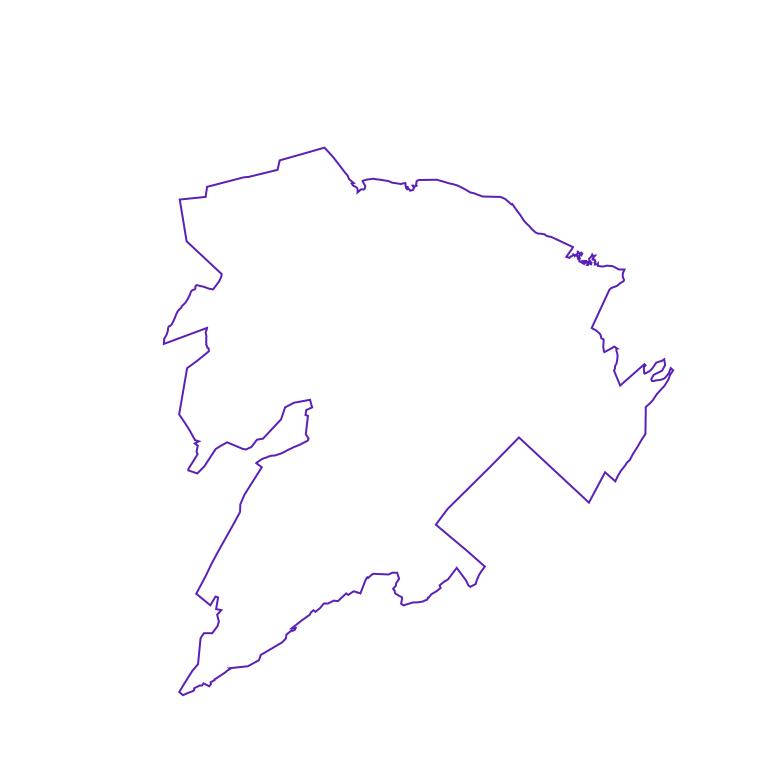 the district of San Lucas Ojitlán, Oaxaca, Mexico, rotated 74°
{"feature_id": "50627088B65217892760777", "entity_name": "San Lucas Ojitlán", "entity_type": "district", "adm_level": 2, "iso_a3": "MEX", "parent_name": "Mexico", "parent_adm1": "Oaxaca", "projection": "robinson", "projection_center": [-96.36, 18.035], "detail": "fine", "context": "isolated", "style": "outline", "palette": "violet", "viewbox_px": 768, "rotation_deg": 74, "n_neighbors": 0, "source": "geoboundaries", "source_scale": "gbopen_adm2", "svg_char_len": 6153}
<svg xmlns="http://www.w3.org/2000/svg" viewBox="0 0 768 768"><g transform="rotate(74 384 384)"><path d="M623.7,665.7L627.7,663.0L627.0,658.1L626.6,653.0L626.1,650.9L624.2,650.4L623.0,644.4L623.7,642.1L622.0,640.0L626.4,635.3L624.8,633.1L622.9,632.8L622.0,628.5L621.3,628.3L617.4,615.8L616.5,614.3L615.4,610.5L614.6,611.0L617.8,592.6L615.0,580.3L610.5,577.2L604.3,553.2L601.6,548.5L597.9,546.8L595.3,540.4L596.1,539.9L595.8,537.6L594.1,536.1L593.4,539.8L589.2,529.9L585.3,518.9L583.5,517.3L582.0,514.2L584.1,512.6L581.8,507.3L578.4,502.3L579.6,498.5L578.4,492.0L580.0,488.1L574.9,478.1L576.9,476.4L574.9,470.5L576.4,467.7L577.0,467.5L577.5,466.1L578.8,464.4L568.3,456.5L565.6,454.0L565.2,453.4L566.1,452.8L564.2,449.0L563.5,446.6L568.4,432.0L567.7,427.9L569.1,423.4L575.5,423.2L578.8,427.2L581.3,428.3L583.4,431.7L585.4,430.8L587.9,431.0L588.7,430.7L591.3,428.3L593.9,425.6L594.9,425.5L599.9,428.1L602.3,426.1L602.1,425.0L602.0,416.4L603.1,412.1L603.5,409.5L603.8,405.9L603.4,405.1L603.3,402.2L601.7,400.7L602.0,400.5L599.1,396.3L597.8,391.1L595.8,385.9L592.9,386.0L590.5,380.5L589.6,376.5L580.8,364.8L595.6,359.2L601.0,358.4L601.8,357.5L602.8,357.0L601.5,350.9L598.8,349.3L594.0,345.5L591.3,342.6L587.3,337.4L568.0,349.7L533.6,372.9L530.7,369.3L521.5,357.1L492.9,304.8L472.6,269.0L554.5,219.7L529.8,195.8L541.3,188.5L536.9,184.6L533.1,180.6L528.6,174.4L526.5,172.1L524.7,168.5L520.4,164.5L516.9,160.7L515.1,158.5L508.0,151.1L504.2,146.5L478.3,138.7L475.3,132.6L473.4,129.7L470.7,126.6L468.8,124.3L464.4,117.2L463.2,115.0L458.1,109.4L454.3,106.7L450.6,102.3L447.8,104.0L452.3,107.4L455.8,112.6L456.2,114.5L456.2,117.2L455.4,122.1L455.5,123.3L455.4,124.4L454.8,125.6L452.9,125.7L449.5,122.3L447.9,113.1L443.4,108.6L437.5,107.8L438.5,111.1L438.3,112.6L438.6,116.5L442.6,121.3L444.0,123.5L444.8,125.0L445.8,129.5L445.9,130.6L444.9,130.8L439.6,129.7L438.2,127.4L436.7,128.1L450.6,157.4L434.6,159.2L432.9,157.8L430.4,156.9L428.4,154.8L424.0,152.7L421.3,151.7L419.1,151.4L416.5,151.4L414.1,151.0L414.2,150.1L411.5,152.3L412.8,157.1L414.1,163.4L412.6,163.6L410.7,163.2L409.2,163.2L403.2,161.0L401.5,160.7L400.0,162.5L396.0,162.3L393.6,163.6L390.3,165.9L388.7,167.8L387.4,168.9L355.7,141.5L354.7,139.9L354.4,138.8L353.9,132.9L351.9,128.4L351.6,126.5L351.1,125.4L350.7,124.8L349.7,124.6L346.9,125.0L346.1,124.8L343.4,123.9L340.3,121.3L338.6,126.7L334.2,131.2L333.7,132.0L331.7,137.0L331.5,140.6L331.2,142.0L329.4,145.8L327.1,145.2L327.7,146.2L327.3,148.2L326.7,147.7L325.2,148.1L324.9,147.0L322.4,147.3L322.2,148.0L322.2,148.8L321.7,149.2L320.3,148.2L318.8,145.8L318.4,147.9L317.0,148.2L318.9,150.0L320.0,152.2L321.6,152.6L324.6,151.1L325.6,151.5L326.0,152.0L325.0,152.6L325.0,153.9L325.3,154.6L325.9,155.2L325.5,156.0L324.6,155.2L324.0,155.2L323.7,155.0L323.2,153.7L322.3,155.1L321.4,155.7L320.8,158.1L322.5,156.7L323.0,156.9L323.4,157.6L323.1,158.4L322.1,159.5L322.9,159.4L321.0,161.2L320.0,162.4L318.6,162.1L317.2,161.0L316.9,161.2L316.8,161.9L317.2,162.7L317.2,162.9L315.3,162.5L314.7,163.2L314.4,163.1L314.2,162.5L314.9,161.9L315.2,161.4L314.3,160.3L314.9,158.9L313.9,158.5L313.7,157.8L313.5,157.5L312.1,158.2L312.6,159.4L312.2,160.4L310.3,161.0L310.2,161.3L311.0,161.5L311.8,161.2L312.2,161.6L312.3,162.7L312.7,164.1L313.6,165.4L311.8,165.9L311.5,166.3L312.7,167.7L313.0,168.4L312.8,169.8L313.9,170.9L312.1,173.7L307.4,168.0L306.2,166.2L304.5,164.6L288.3,183.2L287.8,184.9L287.1,185.7L286.4,186.9L285.2,187.9L284.5,188.2L284.0,189.1L283.7,190.0L283.1,190.9L282.0,194.1L281.6,194.9L280.6,195.9L280.1,196.6L276.9,198.5L276.4,198.9L272.1,200.9L268.7,203.0L265.0,204.7L260.1,206.1L253.0,208.8L246.5,211.0L246.7,211.7L245.6,212.6L239.5,216.5L236.3,220.4L231.0,237.4L227.1,242.8L226.2,243.8L224.9,245.9L224.0,247.7L223.4,248.5L220.1,251.5L214.8,257.1L213.4,258.7L211.0,262.5L208.6,266.9L206.1,270.6L202.2,277.0L197.5,294.4L197.9,296.6L201.3,298.3L202.4,298.0L202.5,300.9L201.1,301.4L201.1,301.8L203.1,301.3L203.5,300.8L205.4,302.7L205.4,305.6L204.7,305.7L202.0,307.0L201.1,306.9L201.0,307.3L201.9,307.6L202.9,307.1L203.3,307.8L203.1,308.2L201.9,308.6L200.3,308.7L196.7,308.1L196.4,311.3L196.5,312.8L196.0,313.5L192.6,320.9L190.3,323.5L186.2,332.2L185.1,335.1L183.8,337.5L182.8,344.1L182.8,347.0L182.9,348.6L183.8,348.6L188.6,347.4L191.1,348.8L191.5,350.3L190.9,351.0L190.6,352.9L191.8,354.7L192.6,356.7L190.2,355.8L188.3,355.8L186.7,356.7L185.1,358.8L182.4,359.8L182.5,357.7L177.5,361.1L173.6,361.5L170.7,362.9L152.2,370.2L140.4,376.0L140.3,422.6L148.8,427.3L147.6,457.2L146.7,461.6L145.7,499.7L155.0,503.9L150.4,529.5L192.4,534.4L233.5,509.8L234.7,510.1L237.3,511.9L240.0,514.3L245.9,522.1L245.6,523.1L244.4,525.3L243.2,527.3L241.1,530.0L237.8,536.0L237.3,537.0L237.9,538.1L238.9,538.7L240.2,539.0L240.9,539.8L240.9,542.0L241.4,543.3L242.4,544.4L244.6,545.9L247.0,548.2L247.6,548.5L251.2,552.6L253.3,556.5L255.2,558.5L255.7,559.8L256.8,561.8L259.1,564.0L264.8,568.4L268.0,571.5L269.1,573.0L269.3,574.9L269.8,575.5L271.7,576.6L273.1,577.0L275.7,578.7L277.2,579.9L279.9,582.8L284.8,584.6L281.3,538.7L282.7,539.3L283.4,540.0L285.1,541.1L286.7,541.5L288.2,541.4L289.4,541.6L291.8,542.6L293.0,542.6L293.8,543.2L296.7,543.7L297.3,544.1L298.6,543.7L300.3,543.8L301.3,542.8L304.3,543.3L310.2,557.2L314.5,568.9L356.8,589.3L365.6,586.4L373.8,583.9L385.9,581.1L388.1,577.7L389.0,582.3L392.0,580.0L397.2,582.8L400.1,582.5L411.7,595.4L413.1,595.9L418.5,588.1L413.7,579.5L400.1,563.7L398.6,558.5L396.8,550.9L407.5,537.6L408.9,534.7L408.0,528.9L402.5,521.4L403.2,515.4L389.6,492.7L379.2,485.5L377.2,475.7L378.8,459.5L386.7,459.5L387.6,465.9L392.2,468.0L393.7,465.9L410.7,473.0L415.7,471.6L417.4,472.9L419.0,480.9L419.6,485.3L419.7,487.6L420.4,491.0L420.9,494.7L422.1,499.6L422.2,501.1L422.5,502.6L422.5,504.8L422.7,507.9L421.9,512.4L421.8,513.7L422.3,517.7L422.2,519.9L422.6,522.1L423.2,524.2L424.0,526.3L424.2,527.3L424.9,528.6L430.3,524.4L452.0,548.7L460.1,555.3L467.3,557.6L475.0,565.1L501.2,591.5L509.6,599.6L519.5,608.4L533.9,622.3L548.9,611.9L541.9,604.6L543.4,602.3L554.1,607.4L556.5,602.7L559.8,608.0L566.9,608.2L570.9,610.8L576.2,617.8L573.9,625.8L577.8,630.4L602.1,640.0L606.9,647.3L617.1,658.7L623.7,665.7Z" fill="none" stroke="#5b21b6" stroke-width="2"/></g></svg>